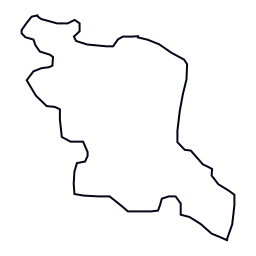 map outline of Želino (Natural Earth projection)
{"feature_id": "MKD-2918", "entity_name": "Želino", "entity_type": "Statistical Region", "adm_level": 1, "iso_a3": "MKD", "parent_name": "North Macedonia", "parent_adm1": "", "projection": "natural_earth1", "projection_center": [21.115, 41.912], "detail": "fine", "context": "isolated", "style": "outline", "palette": "ink", "viewbox_px": 256, "rotation_deg": 0, "n_neighbors": 0, "source": "natural_earth", "source_scale": "10m", "svg_char_len": 1143}
<svg xmlns="http://www.w3.org/2000/svg" viewBox="0 0 256 256"><path d="M70.6,141.7L61.8,137.0L59.9,119.6L59.9,109.3L54.8,106.9L46.7,106.1L36.0,95.8L29.8,85.5L26.7,80.2L33.5,71.3L41.7,68.1L48.6,67.3L52.4,65.7L53.0,57.0L49.9,54.7L39.8,51.5L35.4,45.2L33.5,39.6L25.3,37.2L21.6,33.3L21.6,30.1L26.6,23.0L31.6,16.7L37.4,15.4L37.6,16.4L41.1,19.0L57.2,23.4L67.7,23.4L74.7,19.9L79.6,23.4L79.6,31.3L73.9,36.6L76.1,41.0L87.2,44.5L106.1,46.3L113.1,46.3L118.0,39.3L122.9,36.6L132.0,36.6L138.0,36.2L137.9,37.4L147.6,39.7L159.2,44.3L171.3,52.7L184.1,59.6L187.1,64.2L186.5,79.4L182.9,94.0L179.8,110.8L177.4,130.7L177.4,142.2L184.7,149.8L190.8,150.6L202.9,164.4L207.8,166.7L212.1,169.0L211.6,175.6L218.4,184.3L229.1,190.9L234.4,194.8L234.4,205.3L232.2,224.4L226.8,239.7L227.8,240.6L221.0,237.5L211.5,233.6L200.8,224.1L189.5,217.0L180.7,214.7L180.7,203.5L175.6,196.4L168.7,196.4L161.8,198.7L160.0,205.1L158.0,210.6L151.1,211.4L138.6,211.4L127.9,211.4L121.5,205.9L109.6,196.4L98.3,196.4L83.8,195.6L74.4,194.0L73.7,183.7L74.4,171.8L76.9,163.1L85.1,161.5L87.6,156.0L87.6,152.0L83.1,141.7L77.5,141.7L70.6,141.7Z" fill="none" stroke="#020617" stroke-width="2"/></svg>